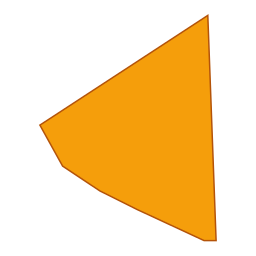 outline of 4, Ad Dawhah, Qatar
{"feature_id": "91078587B32621673387065", "entity_name": "4", "entity_type": "district", "adm_level": 2, "iso_a3": "QAT", "parent_name": "Qatar", "parent_adm1": "Ad Dawhah", "projection": "robinson", "projection_center": [51.536, 25.281], "detail": "fine", "context": "isolated", "style": "filled", "palette": "amber", "viewbox_px": 256, "rotation_deg": 0, "n_neighbors": 0, "source": "geoboundaries", "source_scale": "gbopen_adm2", "svg_char_len": 235}
<svg xmlns="http://www.w3.org/2000/svg" viewBox="0 0 256 256"><path d="M39.9,125.1L62.6,166.1L91.1,185.1L100.0,191.0L137.3,209.6L204.1,240.6L216.1,240.6L207.8,15.4L39.9,125.1Z" fill="#f59e0b" stroke="#b45309" stroke-width="1.5"/></svg>